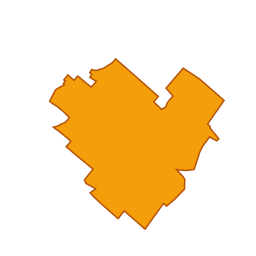 the district of Tahdziú, Yucatán, Mexico, rotated 214°
{"feature_id": "50627088B40660272766976", "entity_name": "Tahdziú", "entity_type": "district", "adm_level": 2, "iso_a3": "MEX", "parent_name": "Mexico", "parent_adm1": "Yucatán", "projection": "natural_earth1", "projection_center": [-88.888, 20.245], "detail": "fine", "context": "isolated", "style": "filled", "palette": "amber", "viewbox_px": 256, "rotation_deg": 214, "n_neighbors": 0, "source": "geoboundaries", "source_scale": "gbopen_adm2", "svg_char_len": 1549}
<svg xmlns="http://www.w3.org/2000/svg" viewBox="0 0 256 256"><g transform="rotate(214 128 128)"><path d="M205.4,106.1L202.1,106.1L198.2,106.2L191.9,105.6L182.6,104.0L182.8,98.9L183.7,96.6L184.7,95.0L185.1,94.3L185.8,93.6L186.2,92.7L186.7,91.5L187.2,90.5L190.3,86.9L180.8,86.5L172.2,85.6L167.9,85.0L168.8,77.9L157.2,76.6L134.0,74.4L135.1,60.6L132.0,58.6L130.0,58.7L127.2,59.0L124.8,59.2L124.0,59.3L122.5,59.4L120.8,59.4L123.2,53.1L119.7,52.3L118.4,51.9L114.9,51.3L112.6,50.9L110.9,50.7L109.1,50.4L104.1,49.7L85.5,47.3L85.0,55.3L84.9,57.2L79.4,56.5L57.3,53.7L56.4,85.3L52.4,84.8L49.6,94.1L47.0,108.9L52.3,117.3L56.7,118.9L65.7,120.8L63.7,120.9L55.9,125.4L50.0,130.6L55.1,148.4L55.9,155.0L55.4,166.2L47.3,167.0L46.6,169.8L52.7,171.7L57.0,172.9L59.4,173.7L60.9,175.2L64.3,176.0L64.1,183.1L64.1,183.8L64.0,192.9L63.9,196.6L63.9,197.5L63.8,204.6L83.8,207.1L88.5,207.7L91.6,208.1L96.5,208.7L102.3,208.6L103.1,208.6L105.2,208.6L108.8,208.5L111.5,208.5L115.7,208.5L117.5,193.3L118.3,185.6L118.7,182.3L108.5,179.6L109.3,174.4L109.5,171.1L108.5,166.5L110.0,163.4L110.5,162.2L116.2,163.2L121.2,164.0L120.9,167.2L120.5,171.1L130.3,172.4L136.3,173.2L140.2,173.7L176.9,178.4L177.5,173.4L179.5,168.8L181.8,163.6L186.7,157.7L188.2,157.1L190.7,156.2L190.6,154.1L190.6,152.5L188.1,152.3L187.9,148.7L180.4,149.0L181.0,143.6L181.3,141.3L187.9,141.9L189.0,142.0L198.7,143.0L199.5,137.3L207.5,138.4L208.1,132.0L206.0,132.0L206.5,128.9L205.1,128.3L207.8,122.7L208.5,121.3L209.4,119.2L208.0,106.4L205.4,106.1Z" fill="#f59e0b" stroke="#b45309" stroke-width="1.5"/></g></svg>